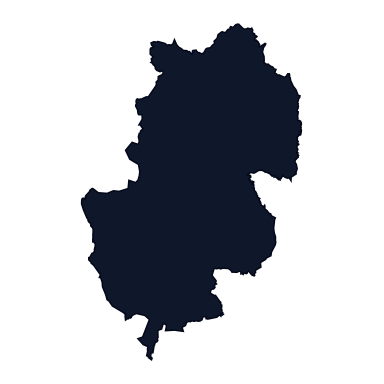 Hidalgo, Michoacán, Mexico, rotated 179°
{"feature_id": "50627088B4017945101472", "entity_name": "Hidalgo", "entity_type": "district", "adm_level": 2, "iso_a3": "MEX", "parent_name": "Mexico", "parent_adm1": "Michoacán", "projection": "natural_earth1", "projection_center": [-100.689, 19.626], "detail": "fine", "context": "isolated", "style": "filled", "palette": "ink", "viewbox_px": 384, "rotation_deg": 179, "n_neighbors": 0, "source": "geoboundaries", "source_scale": "gbopen_adm2", "svg_char_len": 5992}
<svg xmlns="http://www.w3.org/2000/svg" viewBox="0 0 384 384"><g transform="rotate(179 192 192)"><path d="M230.8,322.2L229.7,321.8L228.3,319.6L227.5,319.3L226.5,317.5L226.6,316.2L225.2,314.3L221.9,312.8L219.2,313.8L218.7,312.4L219.0,311.1L220.0,309.7L223.7,308.1L223.9,304.5L226.0,302.5L225.6,301.4L226.1,299.0L234.0,287.9L236.2,287.9L240.8,285.9L243.8,285.6L245.1,286.1L246.0,285.2L246.4,283.3L245.9,281.2L246.6,280.4L246.8,278.8L245.0,275.1L244.6,271.3L243.9,270.2L240.6,270.1L240.5,265.6L243.9,260.0L242.6,260.0L240.7,257.1L239.6,256.4L242.4,253.9L242.5,252.3L243.2,251.4L243.6,251.6L244.1,250.4L244.7,247.9L244.0,245.1L244.0,242.8L245.2,240.6L251.0,242.7L257.7,234.9L253.6,225.8L245.0,220.5L243.9,213.5L244.3,209.7L245.8,204.7L248.3,202.4L254.9,204.8L255.8,196.6L264.9,193.9L270.5,194.6L276.8,192.1L285.7,192.9L290.3,196.6L291.4,197.3L292.0,197.1L293.9,195.7L294.5,194.2L298.5,189.9L298.0,188.7L298.6,187.5L298.9,187.8L299.0,186.8L300.6,187.7L301.8,187.5L302.4,186.1L302.6,182.0L300.8,176.0L297.7,168.3L296.3,165.9L296.4,165.0L295.9,164.2L295.4,164.3L295.3,163.3L293.9,162.4L293.8,159.8L291.9,157.8L291.5,155.9L291.9,149.2L291.4,147.8L292.0,147.5L292.1,144.0L291.1,144.3L291.0,143.4L290.1,142.5L289.6,142.6L289.7,139.7L290.6,136.4L290.5,134.4L291.0,134.0L290.8,133.1L293.2,132.4L295.1,128.7L296.4,128.2L296.4,125.9L294.0,123.3L294.0,122.5L291.7,120.6L285.0,110.8L286.1,108.2L285.1,108.1L284.5,107.0L283.4,103.4L283.1,98.7L280.1,91.0L278.8,85.8L277.0,84.6L273.6,79.4L261.0,71.6L261.4,71.3L260.4,70.7L261.1,69.1L260.7,65.1L258.4,66.6L257.6,66.4L257.1,67.4L255.7,67.1L255.5,68.3L254.8,67.9L254.0,69.6L249.9,71.5L241.3,69.4L236.8,65.2L243.9,47.8L248.6,46.3L243.5,40.3L239.1,38.3L238.7,36.7L239.3,36.1L239.1,33.5L240.2,29.1L238.7,28.3L238.3,27.1L235.4,24.9L234.8,26.6L236.3,28.2L235.7,31.8L233.9,31.9L232.9,37.2L233.2,37.9L232.3,39.0L231.8,41.2L230.6,42.9L229.9,42.7L228.8,44.0L229.2,46.0L228.5,47.2L228.6,53.8L227.3,54.7L224.8,55.5L223.2,60.6L221.0,60.4L219.8,58.7L220.9,53.8L212.0,54.2L203.1,52.8L204.3,56.9L200.9,58.6L199.8,61.3L200.0,61.6L199.3,62.0L197.3,62.7L196.1,62.3L194.4,63.1L191.5,62.7L190.1,63.3L188.5,62.7L186.6,62.8L184.6,63.7L183.8,65.1L183.5,66.6L182.5,67.2L179.9,66.6L180.2,65.1L178.3,64.7L169.3,66.4L166.8,68.6L165.3,67.3L165.0,69.0L163.9,68.3L162.7,69.3L163.8,70.1L163.5,70.8L164.2,70.8L164.1,73.7L165.0,74.4L164.4,75.5L164.2,78.4L165.2,78.6L165.2,81.3L166.1,82.0L170.3,88.2L171.3,88.1L175.2,90.3L175.4,91.5L174.5,94.3L172.2,94.6L170.7,96.1L171.1,97.9L170.8,98.9L169.1,99.6L170.3,101.1L169.4,102.5L169.6,103.1L173.4,108.2L171.2,115.3L168.3,114.8L166.9,115.4L164.7,114.6L162.5,115.3L156.9,114.8L154.4,112.9L153.5,111.2L148.5,110.9L146.0,112.1L144.4,111.1L144.6,109.3L143.2,109.5L142.3,108.6L141.3,110.2L139.2,109.4L138.4,109.7L137.9,111.1L136.8,111.9L133.5,107.9L131.3,107.0L130.8,107.4L131.2,109.2L129.8,110.4L130.0,112.0L129.6,112.8L124.4,115.7L124.8,119.4L124.3,120.6L119.6,123.3L118.7,124.8L114.2,126.9L113.6,130.5L109.6,137.9L109.1,140.7L109.4,141.8L109.3,145.7L110.5,149.7L111.0,154.3L109.9,162.9L109.1,164.7L113.0,166.8L113.8,168.9L115.6,169.5L117.1,171.9L119.0,173.4L119.6,174.5L119.3,176.5L119.6,177.5L121.1,175.8L121.8,176.8L123.3,177.5L123.1,178.5L123.7,179.3L123.4,179.8L124.3,180.5L123.9,181.3L125.2,183.0L124.3,184.2L126.9,186.1L126.5,187.0L127.2,187.9L127.3,189.0L128.4,191.3L129.8,192.7L129.6,194.5L130.1,195.6L130.1,198.2L131.9,199.0L131.2,199.6L130.5,199.3L130.0,201.0L131.6,201.8L133.0,201.2L133.6,201.7L133.2,202.1L133.3,202.8L134.1,202.9L134.0,203.5L134.7,203.6L134.7,204.7L133.0,205.6L133.0,207.0L133.7,207.7L135.1,207.6L136.3,208.3L135.2,208.6L134.0,210.0L132.1,210.4L130.4,209.8L128.8,210.1L125.0,212.4L121.8,212.5L118.4,210.9L118.4,210.5L117.7,210.7L114.1,209.0L111.6,206.4L108.8,206.8L109.4,205.5L108.5,205.8L106.8,204.4L106.0,204.9L105.7,203.1L104.8,202.7L104.5,203.0L103.8,202.6L103.9,203.6L103.0,203.6L101.0,206.7L98.4,204.9L96.5,204.2L94.5,204.3L92.8,201.6L92.6,205.1L87.5,208.3L87.7,209.7L86.4,213.5L87.2,217.9L88.7,220.3L87.7,222.9L87.1,223.0L86.8,223.7L85.3,224.7L85.2,225.9L85.7,226.1L85.4,226.6L85.6,227.2L85.1,227.2L86.4,228.9L85.4,229.3L86.5,230.1L85.4,232.7L86.4,234.9L85.9,237.3L84.8,237.2L84.4,237.9L85.9,238.9L84.9,240.6L86.0,242.3L85.6,243.9L85.8,245.5L84.7,246.0L84.6,247.6L83.8,247.8L83.2,246.9L82.3,247.4L81.9,249.3L83.0,250.3L81.8,250.4L81.5,251.3L82.0,254.1L81.7,254.8L82.5,255.2L82.5,256.0L81.7,256.6L82.0,257.1L81.4,258.0L81.8,258.3L81.5,259.1L82.2,260.9L83.6,261.7L84.5,261.3L85.2,262.4L84.7,263.7L85.1,265.6L84.4,269.9L84.4,270.4L85.4,270.8L85.4,272.3L84.5,273.8L84.1,276.0L84.6,277.2L84.2,278.5L85.0,279.8L84.1,281.3L84.2,282.4L82.6,284.8L82.4,286.4L84.2,286.8L86.2,292.3L88.9,296.0L91.5,301.9L91.7,304.3L92.8,306.3L92.3,306.7L92.6,308.5L94.3,308.5L95.8,306.1L97.2,305.2L98.5,305.4L102.9,307.6L104.5,307.2L105.2,308.4L107.2,309.7L105.9,313.1L107.5,313.5L109.3,315.7L111.4,316.5L113.7,318.6L115.0,318.2L118.1,320.5L118.1,321.1L117.5,321.5L117.6,326.3L119.1,330.6L118.0,335.1L116.0,337.9L115.7,339.0L116.4,339.3L121.6,336.0L122.9,336.8L121.8,338.0L123.2,340.8L125.3,342.9L126.6,342.8L126.9,343.4L126.8,344.1L124.3,346.3L127.3,348.6L127.0,349.2L127.9,349.2L128.9,351.6L128.4,352.7L129.4,354.8L130.8,354.1L133.4,354.8L135.1,354.0L136.9,354.0L138.1,354.6L142.3,358.9L143.1,359.1L145.2,358.6L148.2,355.7L150.4,356.7L151.1,356.0L151.1,354.2L153.1,354.0L155.9,350.7L159.3,351.7L163.1,349.0L164.3,345.1L167.3,342.4L167.2,341.8L166.7,341.7L167.0,339.9L169.3,338.2L171.1,335.9L174.3,335.5L175.7,334.7L177.9,330.8L178.5,330.7L178.9,330.0L180.7,330.3L182.1,331.2L182.9,330.9L185.2,333.0L185.4,333.8L188.5,333.5L189.1,333.0L189.1,330.0L189.6,329.6L192.1,332.4L192.9,332.1L194.7,333.4L198.3,333.7L200.2,335.6L202.5,336.8L204.7,339.4L206.9,344.6L208.6,340.3L210.3,339.3L212.5,339.6L214.6,339.3L216.3,341.0L223.5,343.1L223.9,342.5L227.8,342.9L230.4,341.7L229.7,339.2L227.9,338.3L228.8,337.2L230.8,336.6L231.3,335.4L231.4,330.6L228.3,327.5L230.4,326.0L229.9,323.0L230.8,322.2Z" fill="#0f172a" stroke="#020617" stroke-width="1.5"/></g></svg>